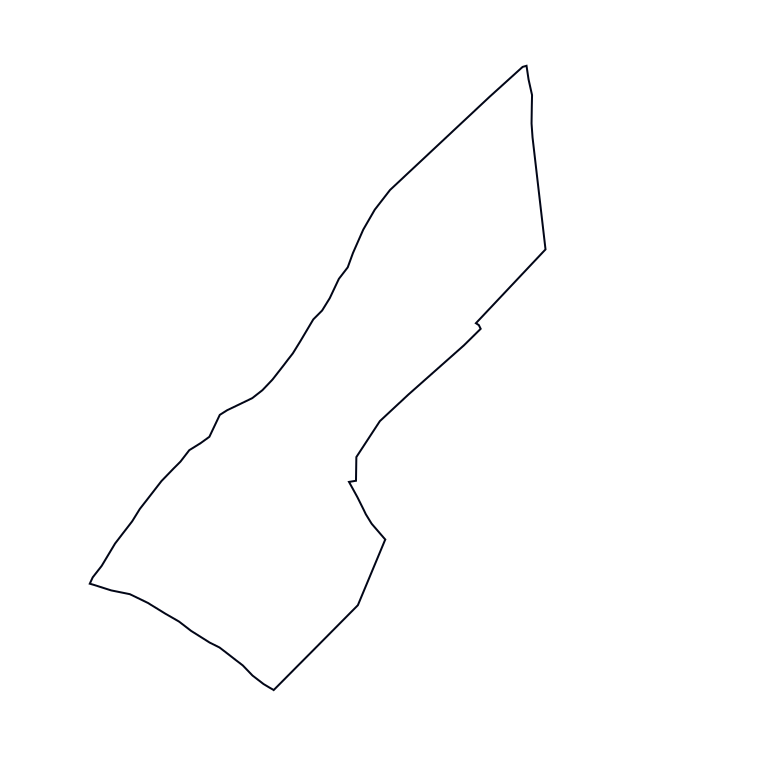 Ondo East, Ondo, Nigeria, rotated 218°
{"feature_id": "59680162B42065071303183", "entity_name": "Ondo East", "entity_type": "district", "adm_level": 2, "iso_a3": "NGA", "parent_name": "Nigeria", "parent_adm1": "Ondo", "projection": "equal_earth", "projection_center": [4.956, 7.049], "detail": "fine", "context": "isolated", "style": "outline", "palette": "ink", "viewbox_px": 768, "rotation_deg": 218, "n_neighbors": 0, "source": "geoboundaries", "source_scale": "gbopen_adm2", "svg_char_len": 1162}
<svg xmlns="http://www.w3.org/2000/svg" viewBox="0 0 768 768"><g transform="rotate(218 384 384)"><path d="M339.6,589.5L418.8,669.8L428.1,680.1L439.0,694.5L445.2,702.8L457.6,713.0L467.6,722.5L470.0,719.2L477.6,675.5L498.7,540.6L498.6,515.7L495.4,492.9L489.1,468.1L484.4,453.6L484.3,439.1L479.6,418.3L478.0,403.8L479.5,391.4L476.3,366.5L474.7,352.0L474.7,343.9L474.6,337.5L474.6,327.3L474.6,318.8L476.0,304.3L479.1,291.8L485.2,279.4L491.4,266.9L494.4,258.6L489.1,234.9L492.1,224.5L496.7,212.0L496.6,197.5L497.8,187.7L499.6,170.5L499.5,147.7L499.5,135.3L497.9,120.7L497.8,104.2L497.7,92.7L494.5,66.9L494.5,52.3L492.9,45.5L488.9,47.1L477.0,51.5L471.9,53.4L458.3,60.2L454.9,61.9L434.9,66.2L432.6,66.4L414.8,68.4L399.3,70.6L383.9,70.7L362.2,72.9L351.4,75.1L339.0,75.2L331.3,75.2L322.0,75.3L308.1,73.3L294.2,73.4L287.0,74.3L283.0,74.9L282.5,74.9L278.9,105.2L278.6,107.8L276.7,123.5L268.4,193.6L269.5,197.6L287.1,261.6L287.2,262.2L307.3,266.2L308.3,266.5L318.2,270.2L322.2,272.2L335.2,278.4L351.3,285.3L346.5,290.5L360.8,309.4L364.4,352.2L358.3,390.6L344.8,463.8L341.8,487.0L345.5,488.8L349.0,488.5L339.6,589.5Z" fill="none" stroke="#020617" stroke-width="2"/></g></svg>